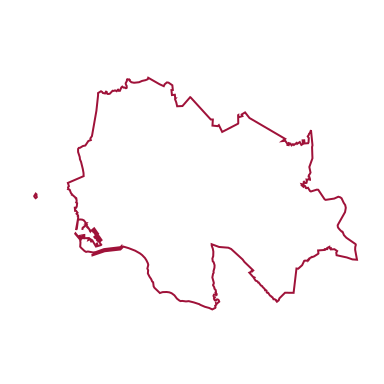 Veracruz, Veracruz, Mexico (Robinson projection), rotated 174°
{"feature_id": "50627088B35395028449016", "entity_name": "Veracruz", "entity_type": "district", "adm_level": 2, "iso_a3": "MEX", "parent_name": "Mexico", "parent_adm1": "Veracruz", "projection": "robinson", "projection_center": [-96.213, 19.184], "detail": "fine", "context": "isolated", "style": "outline", "palette": "rose", "viewbox_px": 384, "rotation_deg": 174, "n_neighbors": 0, "source": "geoboundaries", "source_scale": "gbopen_adm2", "svg_char_len": 5959}
<svg xmlns="http://www.w3.org/2000/svg" viewBox="0 0 384 384"><g transform="rotate(174 192 192)"><path d="M35.0,107.4L35.8,117.5L35.4,120.2L34.6,122.3L34.8,123.1L43.3,130.4L45.4,133.2L46.3,136.4L46.6,136.9L47.2,136.9L48.9,139.0L50.2,140.9L50.6,141.9L50.6,143.7L49.6,145.2L41.9,156.0L40.7,160.2L41.0,163.0L42.3,165.5L43.9,170.1L45.1,171.2L47.0,172.0L51.2,170.6L59.9,170.2L60.9,170.9L66.2,181.0L67.6,181.3L73.7,180.1L74.5,180.6L76.2,184.1L77.9,183.8L78.4,184.1L78.6,185.5L79.1,186.2L79.8,186.3L80.6,185.5L82.3,187.3L82.0,187.9L82.2,188.4L81.5,188.2L81.1,187.4L80.3,187.5L79.9,188.8L79.9,190.2L79.5,190.5L78.6,189.3L78.0,189.0L77.2,189.1L76.7,190.3L76.8,192.4L75.7,192.1L74.4,192.9L74.4,192.3L73.4,191.9L73.3,192.4L73.7,194.6L74.4,195.0L74.4,195.5L73.7,196.9L73.4,197.0L72.1,198.9L72.7,204.6L68.7,212.9L67.9,224.2L67.3,225.8L67.2,241.1L68.5,238.5L69.6,237.5L70.0,236.4L71.1,235.2L70.2,233.5L70.9,229.3L71.4,228.4L75.0,228.5L75.0,231.7L76.6,231.8L76.6,228.2L78.3,227.4L79.6,230.4L82.4,228.9L82.8,229.9L85.8,228.1L86.6,229.0L88.1,228.0L88.7,229.2L89.3,229.3L89.2,229.9L90.6,230.5L91.0,228.5L92.2,228.8L92.1,229.9L93.9,233.2L96.9,233.2L93.8,235.1L127.1,259.6L130.9,265.6L134.5,263.9L133.9,262.2L138.1,261.4L137.9,263.7L138.1,263.6L138.8,255.6L139.1,255.1L155.7,248.6L158.3,255.7L159.5,254.8L164.7,255.9L163.7,261.9L165.8,262.2L183.4,286.1L183.9,286.5L192.5,278.5L197.8,278.8L198.3,282.8L199.2,286.2L198.7,286.7L198.9,286.7L198.9,290.5L201.8,290.5L201.8,295.5L200.4,295.5L200.4,300.2L203.9,303.2L205.5,303.6L207.9,302.0L209.0,300.2L212.9,302.5L223.6,310.2L224.2,308.8L226.5,308.1L230.0,307.7L233.2,306.7L238.2,306.7L240.8,307.5L242.2,309.0L242.1,309.9L242.8,310.6L243.3,310.3L244.4,310.9L244.9,310.7L245.2,309.2L246.6,307.1L246.5,305.7L245.9,304.4L246.0,302.6L246.3,302.2L247.2,302.2L248.2,303.0L249.3,303.0L250.3,304.1L251.4,303.3L253.1,300.2L254.3,300.3L254.7,301.5L255.0,301.5L256.4,300.1L257.9,301.1L259.3,300.7L260.4,301.0L263.4,298.4L264.5,298.2L265.8,298.4L266.2,298.8L266.4,300.5L266.7,300.7L267.1,300.8L268.2,299.1L270.3,299.8L270.9,300.9L272.0,301.7L275.1,300.2L275.3,298.0L278.6,282.7L285.3,259.3L285.7,258.0L287.4,256.0L287.5,255.3L287.2,254.2L289.7,253.6L293.2,249.4L295.8,249.1L298.7,247.7L299.9,247.7L300.8,246.7L301.1,243.7L300.0,238.5L300.0,236.2L299.2,233.6L298.2,226.3L297.9,222.2L298.1,219.1L314.5,214.0L313.8,210.7L314.8,209.6L314.6,208.4L315.0,207.8L313.4,207.0L312.5,203.6L311.7,202.5L311.8,201.8L311.1,201.5L308.0,198.1L308.3,197.9L308.1,197.5L307.8,197.6L307.6,195.8L307.8,194.4L308.2,194.0L308.9,194.3L307.4,192.9L308.1,189.7L308.8,188.5L310.1,188.8L310.2,189.6L310.2,185.5L309.3,185.5L308.0,183.3L309.1,182.4L307.8,180.7L308.1,179.7L307.8,179.6L307.9,178.2L311.1,167.2L310.7,167.1L310.4,167.5L308.3,176.3L306.1,176.4L304.1,176.0L302.6,175.2L300.7,172.2L301.0,171.9L300.6,171.9L301.3,171.3L301.2,171.1L300.5,171.7L300.0,170.9L304.5,167.8L305.1,165.8L304.4,167.7L300.6,170.3L299.0,167.4L299.4,167.4L299.0,166.9L298.9,167.2L297.2,164.3L297.5,164.1L298.0,164.8L297.4,163.7L297.2,164.2L296.8,163.6L293.1,166.1L292.3,164.7L294.6,163.2L294.4,162.8L292.1,164.3L291.2,162.7L293.2,161.3L292.8,160.5L290.7,161.8L289.8,160.3L293.8,157.5L293.1,156.4L289.8,158.6L289.0,157.3L291.7,155.5L291.5,155.2L288.9,157.0L288.4,156.2L291.5,154.1L291.1,153.5L290.7,153.7L290.4,153.3L287.8,155.1L287.0,153.7L289.5,152.0L287.8,149.0L288.2,148.7L291.4,148.1L291.8,150.7L292.1,150.6L291.7,148.1L293.2,147.8L296.0,153.9L297.1,153.3L297.5,153.3L297.7,153.9L296.7,154.7L298.8,156.4L299.2,155.4L300.1,155.1L299.5,156.4L299.8,156.5L299.7,157.0L302.4,157.2L302.5,157.6L302.5,157.2L303.9,157.4L303.6,160.5L303.9,160.5L304.2,157.3L305.7,157.6L305.5,160.4L305.8,160.4L306.0,157.8L306.2,157.5L306.8,157.7L307.5,156.5L308.0,160.2L308.4,160.1L307.7,156.5L307.9,156.5L312.2,163.1L312.5,162.7L308.3,156.5L308.2,153.5L308.9,149.3L308.2,148.2L305.1,144.6L303.6,143.5L301.7,143.7L296.6,142.2L294.0,142.3L285.5,144.4L270.1,144.6L268.8,144.7L267.7,145.6L267.6,144.2L269.2,142.8L285.1,142.7L297.6,140.0L297.6,139.4L285.1,142.2L269.2,142.3L266.0,144.9L260.9,142.8L254.7,139.6L250.2,136.4L248.2,134.5L245.7,131.3L244.5,128.9L243.4,125.9L243.1,124.1L244.4,120.5L243.8,118.8L244.4,115.6L243.1,112.2L241.7,109.6L241.0,107.2L240.1,106.3L240.0,102.1L239.3,100.6L234.5,94.9L231.7,95.5L227.7,95.2L225.1,94.6L222.9,93.5L220.3,91.1L218.1,87.5L215.9,85.4L214.8,84.7L213.1,84.7L209.4,83.8L206.7,83.8L201.7,82.0L196.3,79.6L195.7,79.0L191.2,76.5L187.1,74.9L184.1,73.1L181.0,74.3L180.6,75.1L180.9,76.4L179.6,77.4L179.7,78.9L178.8,78.5L176.4,80.1L176.8,81.7L177.4,82.3L178.3,82.6L179.0,82.3L179.4,81.6L180.0,81.5L180.7,82.0L181.3,83.5L180.3,84.8L181.1,85.0L181.4,86.0L181.4,86.8L180.8,87.7L179.7,87.7L178.9,87.0L178.3,87.1L178.1,87.9L179.1,89.7L178.6,90.1L178.7,92.0L179.8,93.5L179.8,94.8L180.8,97.1L180.6,97.8L180.0,98.4L179.8,99.5L180.7,104.9L179.6,108.5L178.9,109.4L178.9,111.0L177.6,114.3L177.2,116.8L177.8,119.9L178.6,120.9L178.7,123.6L177.6,126.0L177.0,130.4L177.2,133.3L178.0,136.6L177.9,138.0L170.8,134.5L161.7,132.8L159.0,131.2L148.7,119.6L147.2,117.0L139.3,107.6L140.4,106.8L140.8,107.4L142.2,106.2L143.4,105.8L140.3,101.4L138.9,100.5L139.5,100.1L139.4,99.9L138.0,97.2L136.3,96.3L135.6,95.0L135.1,95.0L133.3,91.9L132.0,91.0L131.8,90.3L129.9,88.0L129.6,86.7L129.0,86.8L128.2,86.1L128.2,84.5L127.6,83.8L126.8,83.8L125.3,80.9L124.0,79.9L123.8,79.3L123.0,78.9L122.2,76.9L121.9,77.0L121.0,76.7L119.7,75.7L119.9,75.4L119.0,74.0L117.1,75.2L116.2,77.1L110.0,82.1L101.5,81.1L96.1,105.0L94.4,104.6L90.1,107.7L87.6,111.8L86.7,112.0L85.7,111.7L84.4,111.8L83.5,112.6L83.5,111.9L82.4,112.9L81.9,113.8L79.8,114.8L79.7,114.6L77.3,115.2L73.1,117.3L72.7,117.6L72.7,120.7L66.0,120.5L65.9,121.3L65.3,121.3L63.8,121.2L63.7,120.2L63.4,122.2L61.1,123.1L61.0,121.6L59.8,121.7L59.8,120.4L56.3,120.2L53.8,118.1L54.9,116.5L54.8,114.0L44.8,110.7L39.5,108.2L35.0,107.4ZM347.6,206.7L349.4,204.4L348.9,203.1L348.1,202.2L346.9,203.1L347.1,205.0L346.9,205.9L347.6,206.7Z" fill="none" stroke="#9f1239" stroke-width="2"/></g></svg>